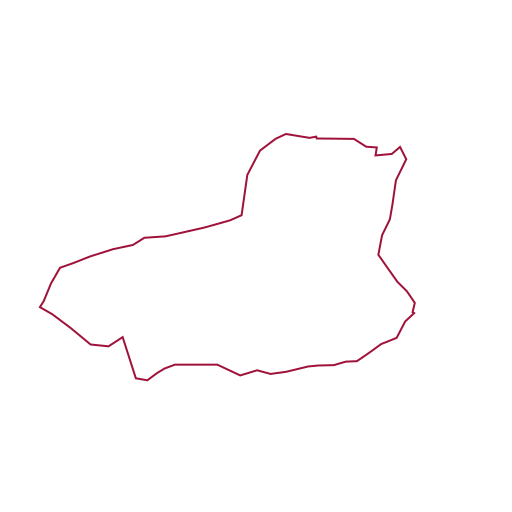 Kato Mylos, Limassol, Cyprus, rotated 29°
{"feature_id": "46923920B26044622120903", "entity_name": "Kato Mylos", "entity_type": "district", "adm_level": 2, "iso_a3": "CYP", "parent_name": "Cyprus", "parent_adm1": "Limassol", "projection": "robinson", "projection_center": [33.002, 34.898], "detail": "fine", "context": "isolated", "style": "outline", "palette": "rose", "viewbox_px": 512, "rotation_deg": 29, "n_neighbors": 0, "source": "geoboundaries", "source_scale": "gbopen_adm2", "svg_char_len": 963}
<svg xmlns="http://www.w3.org/2000/svg" viewBox="0 0 512 512"><g transform="rotate(29 256 256)"><path d="M250.8,122.4L245.6,126.7L223.0,134.8L216.3,144.0L208.4,161.9L209.1,189.3L223.6,227.3L216.0,237.4L197.1,256.1L182.2,269.4L167.3,282.7L149.5,294.2L143.0,306.0L127.7,319.3L113.4,334.4L110.7,337.3L100.1,350.2L90.3,361.3L90.0,379.3L92.2,398.3L91.8,405.5L105.9,405.7L128.6,408.8L142.0,411.3L154.2,413.6L170.8,406.5L178.7,391.6L210.2,421.2L221.2,417.4L226.3,406.2L230.6,398.7L237.8,390.3L274.8,369.8L300.1,368.1L312.4,355.4L325.9,352.1L338.7,342.5L355.1,327.4L363.2,321.8L377.0,313.7L385.7,304.9L395.2,299.1L401.6,286.4L408.2,272.3L418.7,259.4L418.2,240.9L422.0,229.3L420.2,229.2L417.6,220.0L405.1,213.7L392.1,210.0L375.1,201.8L362.4,195.6L356.2,176.7L355.3,159.0L350.4,144.9L341.7,122.0L340.5,98.5L329.1,90.8L325.3,100.9L311.8,110.1L309.0,102.5L299.4,107.0L284.9,106.1L271.9,113.1L252.1,123.8L250.8,122.4Z" fill="none" stroke="#9f1239" stroke-width="2"/></g></svg>